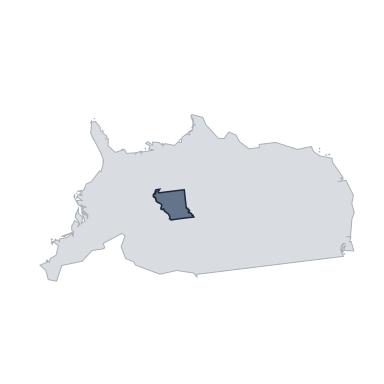 United States of America, with Missouri highlighted, rotated 173°
{"feature_id": "USA-3531", "entity_name": "Missouri", "entity_type": "State", "adm_level": 1, "iso_a3": "USA", "parent_name": "United States of America", "parent_adm1": "", "projection": "robinson", "projection_center": [-92.269, 38.302], "detail": "fine", "context": "in_parent", "style": "filled", "palette": "slate", "viewbox_px": 384, "rotation_deg": 173, "n_neighbors": 0, "source": "natural_earth", "source_scale": "10m", "svg_char_len": 7046}
<svg xmlns="http://www.w3.org/2000/svg" viewBox="0 0 384 384"><g transform="rotate(173 192 192)"><path d="M309.3,136.7L330.2,134.9L337.3,120.0L345.4,122.6L346.6,131.8L351.8,137.9L344.0,140.1L343.7,141.8L342.2,139.6L340.6,143.3L334.6,145.8L331.2,155.0L335.0,158.9L337.3,158.5L336.5,156.7L337.4,157.5L337.7,159.5L331.0,160.8L329.6,158.7L329.1,161.5L321.3,162.2L315.7,165.8L316.1,163.7L315.5,162.4L314.2,167.3L315.9,168.2L315.7,172.4L312.0,177.9L307.6,174.5L310.0,171.1L307.2,173.5L308.6,177.2L310.4,179.4L310.9,181.8L306.3,190.7L307.5,185.1L303.3,179.9L305.7,174.4L301.8,176.0L303.6,184.2L299.7,181.7L298.4,182.0L299.5,179.4L299.3,178.6L298.2,180.6L298.2,182.4L304.1,185.5L302.9,187.0L300.2,184.1L299.2,183.6L302.6,187.1L304.0,187.8L303.3,189.8L301.5,188.2L304.3,191.3L303.7,191.8L302.3,190.2L298.7,189.4L303.2,192.4L306.0,192.3L309.2,199.9L306.4,194.1L307.4,197.8L302.1,197.0L306.1,200.8L307.9,199.7L305.7,203.1L300.6,201.9L303.8,203.7L301.2,205.4L304.3,206.6L298.8,207.4L296.0,212.9L290.8,214.4L281.1,224.3L279.7,223.2L276.2,232.4L275.9,234.6L277.7,241.6L285.4,262.3L283.1,273.3L279.4,273.9L275.6,268.1L274.8,263.2L269.5,257.5L271.2,255.0L268.6,255.1L269.6,247.9L263.3,240.7L253.8,242.4L252.0,238.2L242.7,237.8L243.8,236.2L242.2,237.8L237.9,238.6L237.9,235.4L237.2,237.7L224.3,238.3L229.8,239.9L227.9,242.8L232.1,245.7L229.9,247.3L225.3,243.4L225.0,246.4L218.7,245.1L215.1,241.3L212.9,243.3L203.6,240.3L198.2,244.5L199.6,243.3L196.7,242.3L195.2,247.4L189.5,250.7L190.8,249.7L187.1,249.2L188.4,250.9L184.0,253.1L182.3,258.7L180.3,257.8L182.0,259.4L182.2,264.6L183.9,267.7L182.6,268.8L172.3,264.8L170.1,257.2L159.3,242.0L153.6,241.1L148.1,247.1L141.5,243.2L138.7,236.2L130.1,227.9L119.7,227.9L119.6,231.0L103.0,231.0L82.1,221.4L68.0,222.6L66.5,217.3L60.8,212.3L48.8,208.4L49.1,204.7L40.3,188.0L40.8,186.2L42.7,188.4L41.7,184.7L46.3,184.4L37.8,184.9L32.2,169.2L34.8,161.0L33.5,151.7L36.6,145.7L40.1,128.4L44.2,128.9L39.7,128.0L41.7,123.4L40.1,123.5L38.6,113.8L48.7,115.5L46.0,120.5L49.8,116.9L48.9,121.2L46.3,122.2L48.1,122.4L50.2,120.6L51.5,116.3L49.6,109.7L197.4,109.7L197.5,107.1L200.3,111.4L216.9,116.0L233.8,114.3L257.0,126.3L258.1,129.4L266.1,134.3L269.0,146.5L263.8,156.3L266.5,159.5L286.4,151.8L285.4,147.2L287.2,146.4L298.4,146.1L309.3,136.7ZM323.8,164.2L327.2,163.7L315.5,166.6L325.0,163.1L323.8,164.2ZM49.8,113.8L50.8,116.5L50.6,116.9L49.0,114.9L49.8,113.8ZM183.8,266.8L182.4,262.2L182.6,259.6L182.7,262.4L183.8,266.8ZM344.9,140.4L344.9,141.8L344.4,141.5L344.9,140.4ZM215.2,242.7L215.5,243.8L214.4,242.9L215.2,242.7ZM53.3,212.7L54.7,212.1L54.8,212.3L53.3,212.7ZM51.8,212.3L51.2,213.0L50.7,212.4L51.8,212.3ZM334.1,161.0L333.3,161.9L333.0,161.7L334.1,161.0ZM183.4,257.2L182.6,259.3L184.5,255.3L183.4,257.2ZM283.1,255.5L284.6,259.6L282.9,255.1L283.1,255.5ZM60.3,216.1L60.8,217.2L60.2,216.2L60.3,216.1ZM283.7,273.9L282.6,275.2L284.4,272.5L283.7,273.9ZM309.7,202.4L308.5,204.0L309.4,200.2L309.7,202.4ZM48.7,111.6L48.6,112.4L48.1,112.0L48.7,111.6ZM188.4,251.7L186.4,252.7L188.5,251.4L188.4,251.7ZM337.4,161.4L337.4,162.4L336.4,162.2L337.4,161.4ZM60.0,219.2L60.4,220.5L59.8,219.3L60.0,219.2ZM185.9,253.4L185.0,254.0L185.8,253.1L185.9,253.4ZM310.4,183.5L309.2,185.7L310.6,182.7L310.4,183.5ZM197.6,245.4L196.3,246.2L198.2,244.8L197.6,245.4ZM276.5,233.5L276.3,235.2L276.1,234.0L276.5,233.5ZM304.8,206.9L304.4,207.2L305.7,206.0L304.8,206.9ZM257.2,242.1L255.6,242.9L255.0,242.7L257.2,242.1ZM237.3,238.3L237.0,238.6L236.1,238.5L237.3,238.3ZM273.1,263.3L273.3,264.5L272.8,263.1L273.1,263.3ZM233.2,240.7L233.0,241.8L232.9,239.8L233.2,240.7ZM280.2,276.8L279.3,276.9L280.5,276.5L280.2,276.8ZM315.4,173.2L314.8,174.2L315.5,172.7L315.4,173.2ZM307.5,204.3L307.0,204.7L306.9,204.7L307.5,204.3Z" fill="#d9dde1" stroke="#a8b0b8" stroke-width="1"/><path d="M193.9,168.9L193.8,168.7L194.0,168.6L193.9,168.6L193.9,168.4L193.8,168.2L193.7,167.9L193.6,167.7L193.6,167.4L193.4,167.3L193.2,167.2L193.2,166.9L195.4,166.9L198.0,167.0L200.5,167.0L202.4,167.0L203.1,167.0L205.6,167.0L208.2,167.0L212.5,166.9L214.7,166.8L215.3,166.8L215.9,166.7L216.0,166.8L216.1,167.0L216.4,167.3L216.5,167.3L216.5,167.5L216.8,167.6L217.0,167.8L217.1,168.0L217.3,168.2L217.3,168.3L217.5,168.3L217.4,168.5L217.2,168.8L217.2,169.2L217.1,169.5L217.1,169.8L217.3,170.9L217.3,171.0L217.5,171.2L217.5,171.3L217.6,171.6L217.5,171.8L217.6,172.0L217.8,172.3L217.9,172.6L217.9,172.8L218.1,173.0L219.5,174.2L219.6,174.3L219.7,174.6L219.8,174.8L221.1,175.7L221.2,175.8L221.4,176.0L221.5,176.2L221.6,176.4L221.6,176.5L221.6,176.8L221.6,177.0L221.8,177.2L221.7,177.3L221.7,177.5L221.8,177.6L221.8,177.8L222.0,178.4L222.2,178.6L222.4,178.7L222.7,178.6L223.0,178.2L223.3,178.1L223.6,178.3L223.9,178.3L224.2,178.4L224.7,178.7L225.0,178.9L225.0,179.1L224.9,179.4L224.8,179.5L224.7,179.6L224.6,179.8L224.7,180.1L224.7,180.4L224.6,180.6L224.3,181.0L224.0,181.8L223.7,182.2L223.6,182.5L223.7,183.0L223.8,183.3L224.1,183.6L224.3,183.8L224.4,184.0L224.5,184.1L224.9,184.4L225.0,184.5L225.4,184.7L225.7,185.0L225.8,185.1L226.0,185.0L226.3,185.1L226.5,185.3L226.8,185.6L227.3,185.8L227.6,186.1L227.7,186.5L227.8,186.6L228.4,186.9L228.6,187.0L228.6,187.3L228.6,187.5L228.5,187.8L228.6,188.0L228.8,188.4L229.0,188.7L229.0,189.0L228.9,189.2L228.7,189.4L228.6,189.6L228.6,189.9L228.8,189.9L228.9,190.0L228.9,190.3L229.1,190.6L229.3,190.9L229.4,191.1L229.3,191.3L229.7,191.6L230.0,191.7L229.9,191.4L229.8,191.2L230.0,191.1L230.2,191.3L230.4,191.5L230.5,191.8L230.8,191.8L230.9,192.0L230.9,192.3L230.9,192.5L230.7,192.8L230.8,193.0L230.9,193.4L230.8,193.5L230.6,194.0L230.5,194.4L230.3,194.6L230.2,194.7L229.8,194.5L229.7,194.3L229.6,194.2L229.5,194.3L229.4,194.4L229.3,194.7L229.3,194.8L229.2,195.1L229.1,195.4L229.0,195.5L228.9,195.5L228.7,195.4L228.8,195.2L228.8,194.8L228.6,194.7L228.4,194.8L228.3,195.0L228.5,195.2L228.5,195.3L228.5,195.5L228.6,195.8L228.6,196.0L228.4,196.2L228.2,196.2L228.0,196.3L228.1,196.5L228.3,196.6L228.5,196.7L228.4,196.8L227.8,196.9L227.7,196.9L228.0,197.4L228.1,197.6L228.1,197.8L227.9,197.8L227.8,198.0L227.7,198.1L227.6,198.4L227.5,198.6L223.8,198.7L223.7,198.7L223.8,198.6L224.0,198.2L224.2,197.9L224.3,197.8L224.4,197.7L224.5,197.7L224.6,197.4L224.8,197.3L225.1,197.2L225.2,196.9L225.3,196.8L225.5,196.7L225.5,196.4L225.5,196.1L225.5,195.9L225.4,195.9L225.2,195.8L225.2,195.7L225.1,195.4L225.0,195.2L199.4,195.2L199.5,190.8L199.6,177.0L199.6,176.9L199.4,176.8L199.4,176.7L199.2,176.7L198.9,176.6L198.6,176.5L198.5,176.4L198.4,176.4L198.4,176.2L198.1,175.9L198.0,175.6L197.9,175.3L198.0,175.2L197.7,175.2L197.4,174.8L197.3,174.7L197.2,174.7L197.1,174.4L196.9,174.2L196.8,173.9L197.0,173.9L197.1,173.7L197.2,173.3L197.4,173.2L197.5,173.1L197.6,172.9L197.9,172.8L198.1,172.8L198.2,172.7L198.1,172.4L198.1,172.2L197.8,172.0L197.7,171.9L197.8,171.8L197.8,171.7L197.7,171.6L197.4,171.7L197.2,171.8L196.9,171.9L196.7,171.7L196.4,171.6L196.3,171.4L196.2,171.4L196.0,171.2L195.5,170.8L195.4,170.8L195.2,170.7L195.1,170.4L195.2,170.2L195.0,169.9L194.9,169.8L194.8,169.6L194.9,169.4L194.7,169.2L194.4,169.2L194.2,168.9L193.9,168.9Z" fill="#64748b" stroke="#1e293b" stroke-width="1.5"/></g></svg>